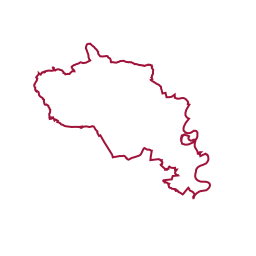 the district of Miresu Mare, Maramures, Romania, rotated 153°
{"feature_id": "2599482B2877681477100", "entity_name": "Miresu Mare", "entity_type": "district", "adm_level": 2, "iso_a3": "ROU", "parent_name": "Romania", "parent_adm1": "Maramures", "projection": "natural_earth1", "projection_center": [23.369, 47.496], "detail": "fine", "context": "isolated", "style": "outline", "palette": "rose", "viewbox_px": 256, "rotation_deg": 153, "n_neighbors": 0, "source": "geoboundaries", "source_scale": "gbopen_adm2", "svg_char_len": 5755}
<svg xmlns="http://www.w3.org/2000/svg" viewBox="0 0 256 256"><g transform="rotate(153 128 128)"><path d="M192.3,197.5L192.1,196.9L192.1,196.3L190.7,193.8L190.3,192.6L190.6,192.3L190.0,191.3L190.2,190.9L190.9,190.0L191.0,188.9L191.4,188.1L191.5,186.8L191.4,186.5L190.5,185.9L190.0,186.0L188.9,184.0L189.2,183.3L189.0,180.9L189.3,180.0L189.0,179.5L190.3,177.4L191.0,176.8L191.8,176.3L192.3,175.2L192.5,174.3L193.3,173.0L192.3,172.6L193.3,171.5L191.8,171.0L191.1,171.7L190.0,171.6L189.9,169.5L190.1,168.0L188.6,168.4L187.2,166.2L188.3,165.5L186.5,163.5L186.1,162.6L186.1,161.7L184.6,160.4L183.6,158.6L182.5,157.7L177.6,154.4L175.1,153.3L170.8,151.0L169.8,150.7L170.3,150.1L170.2,149.8L169.3,149.2L168.6,149.7L167.8,149.9L167.7,149.4L166.2,149.1L164.6,148.4L163.1,147.4L161.9,146.3L160.0,146.0L159.7,145.8L159.0,145.8L157.8,144.8L157.6,141.2L157.4,140.4L157.0,139.6L156.8,138.8L157.5,137.9L157.4,134.0L155.9,134.0L155.9,133.4L155.6,126.6L154.3,111.8L154.4,110.5L154.9,108.8L148.2,106.8L145.6,105.5L144.4,105.2L144.0,104.7L143.6,104.1L143.4,103.7L143.2,101.9L142.9,101.7L143.0,101.5L143.0,101.1L142.8,100.8L142.5,100.2L141.8,99.5L138.0,99.6L136.3,99.2L131.4,98.4L129.5,98.4L128.9,98.6L127.8,99.2L123.5,102.5L122.7,102.7L122.3,102.6L122.0,101.9L120.8,100.1L118.6,98.9L117.9,97.6L117.1,97.0L120.4,92.6L122.6,89.2L114.7,86.3L114.3,85.4L113.7,85.1L113.6,84.7L112.8,84.2L113.2,84.0L113.4,83.5L113.3,83.3L112.9,83.3L113.2,82.8L113.2,82.4L112.9,82.1L113.0,81.9L113.4,81.1L114.0,80.4L114.6,80.7L115.6,80.4L115.6,79.9L113.5,74.6L113.9,74.0L112.3,73.2L112.0,73.9L110.5,73.2L109.7,74.5L108.7,74.9L107.7,73.1L105.9,71.9L104.2,71.2L105.1,69.5L103.4,68.8L104.6,68.1L105.4,68.0L106.1,67.2L106.6,66.0L106.1,64.5L105.5,63.6L104.7,63.1L104.7,62.9L110.0,64.9L112.3,62.4L120.1,65.3L120.5,65.0L120.6,64.4L119.5,63.4L119.9,63.0L120.0,62.8L118.2,61.8L118.1,61.4L117.6,60.8L117.6,60.2L117.2,60.0L117.5,59.5L117.0,59.3L117.5,59.0L117.9,58.4L118.1,57.0L118.3,56.5L118.1,56.1L116.6,54.6L116.5,54.3L116.5,54.0L113.4,51.9L113.6,51.4L113.9,51.1L113.2,50.7L113.6,50.1L112.2,49.7L112.1,47.9L111.3,47.3L109.4,44.0L107.9,44.5L107.4,44.8L101.4,47.4L101.1,45.8L101.4,45.0L101.1,44.0L99.8,42.4L99.3,41.6L98.7,38.7L101.1,37.1L101.0,36.9L101.5,36.2L101.8,34.9L101.4,35.8L100.3,36.8L99.1,37.7L96.7,38.6L93.6,39.0L92.0,38.8L86.5,37.0L84.5,37.4L83.0,37.9L82.0,38.6L81.4,39.2L80.8,40.1L80.6,41.0L80.8,42.0L81.5,43.4L83.4,45.0L87.1,46.9L87.8,47.4L89.8,49.8L90.5,52.3L90.4,53.2L90.0,54.6L88.7,56.7L87.6,57.8L86.2,59.9L84.8,60.8L83.9,61.2L82.1,61.5L80.5,61.5L77.7,61.1L74.9,61.0L74.3,61.0L72.2,62.1L71.4,62.7L70.6,63.5L69.7,65.6L69.4,67.0L69.4,67.8L69.7,68.5L70.1,68.5L70.5,69.9L76.3,70.1L76.0,71.0L76.1,71.4L75.8,71.8L75.6,72.3L76.2,72.6L75.1,73.0L74.0,73.3L74.9,73.8L76.7,73.8L77.3,74.0L76.8,75.2L76.8,77.3L77.0,79.3L77.0,80.7L76.7,81.9L75.1,84.5L73.9,85.8L75.3,85.9L76.5,85.6L81.6,85.9L84.5,87.1L86.9,89.4L86.3,93.0L86.0,92.9L84.7,94.7L84.0,95.2L84.9,95.3L83.5,96.9L80.4,96.6L80.5,96.0L78.6,94.4L77.3,92.9L78.6,91.8L79.0,91.1L78.9,89.8L77.8,88.2L76.1,87.6L75.9,87.6L75.2,87.9L73.5,87.2L72.9,87.0L71.7,87.4L70.0,89.0L68.2,92.5L68.5,94.2L69.0,94.8L70.7,95.7L73.3,95.3L74.6,95.3L75.9,95.7L77.0,96.2L77.8,96.7L79.0,98.5L79.5,100.0L79.5,100.8L78.6,102.7L77.4,104.0L75.9,105.2L74.0,106.5L69.4,108.6L70.2,109.6L70.9,111.2L71.0,113.3L69.9,115.5L67.6,117.9L62.7,121.0L63.9,122.1L62.9,123.3L62.7,123.9L62.8,125.0L63.4,127.4L64.6,129.2L65.6,129.9L69.8,131.2L71.2,132.1L71.8,132.9L72.1,133.6L72.5,133.8L71.2,136.6L74.7,136.0L77.2,136.7L79.7,137.9L78.6,142.3L81.6,143.1L80.7,146.9L80.6,148.2L80.2,149.0L79.9,149.9L80.3,150.6L80.8,152.2L81.2,152.9L82.1,153.9L85.8,160.1L85.9,160.5L84.1,160.6L84.0,162.4L84.1,162.5L83.3,163.0L83.0,163.5L82.6,163.8L82.6,164.1L81.0,165.0L80.3,166.8L79.2,168.2L79.1,168.7L79.5,170.2L79.5,170.8L79.3,171.1L78.8,171.5L78.5,172.1L78.6,172.5L79.0,173.1L78.9,173.2L79.2,173.3L79.4,173.6L79.4,174.1L79.7,174.4L80.8,174.7L81.3,175.4L82.7,175.4L83.9,175.8L84.6,175.7L85.5,175.9L85.7,176.6L86.4,177.1L86.9,177.2L87.4,177.8L87.8,177.9L88.3,178.5L89.7,179.2L91.1,180.9L91.6,181.0L92.4,181.7L93.0,181.8L93.3,182.2L93.6,183.0L95.3,185.2L95.9,185.3L96.6,186.0L97.5,186.2L98.2,186.9L98.9,187.1L100.5,188.6L100.9,189.3L101.3,189.8L104.6,191.2L106.2,191.1L107.1,191.4L108.7,191.5L110.9,192.9L111.5,193.5L113.3,194.3L113.3,194.8L112.8,195.5L112.6,196.3L112.5,198.2L112.6,198.5L113.5,199.5L113.7,200.1L113.5,201.0L114.2,201.8L115.7,202.3L118.0,203.2L119.8,204.2L120.3,204.7L120.8,207.5L120.5,208.7L120.0,209.3L120.0,209.7L120.3,210.6L120.4,212.1L121.2,214.0L121.3,215.4L121.9,216.3L122.1,217.0L122.8,218.5L123.3,220.2L124.1,220.4L124.6,220.8L125.5,221.1L126.7,221.1L128.5,219.4L129.4,218.0L129.4,216.3L129.8,213.9L129.9,212.2L130.4,210.3L131.1,208.9L131.1,207.8L131.4,206.5L131.0,205.8L131.0,205.3L135.7,205.3L138.6,206.2L139.2,206.8L139.5,207.3L140.7,208.2L142.6,207.9L145.8,208.4L146.7,208.3L147.7,208.6L150.3,208.2L150.6,207.6L150.7,206.9L150.6,205.8L150.3,205.2L149.8,203.5L150.0,202.8L151.6,203.8L152.1,203.9L154.5,203.2L155.6,202.7L157.0,203.5L159.5,204.3L159.5,205.4L160.5,206.3L160.1,207.1L160.4,208.0L160.5,209.0L161.0,209.7L162.1,210.6L162.8,211.5L163.7,212.1L165.2,212.5L166.5,212.3L167.2,214.1L167.2,214.7L166.8,215.1L167.3,216.0L167.6,215.9L167.6,214.1L167.5,213.4L167.6,212.9L170.4,213.8L172.4,215.1L175.2,216.0L176.6,215.9L176.8,216.1L177.2,215.8L177.1,215.5L177.3,215.5L177.8,215.7L178.2,216.4L179.4,216.4L179.6,216.2L180.0,216.3L181.6,215.2L182.2,215.9L182.6,217.2L182.8,216.7L186.8,214.8L186.4,213.6L187.4,213.2L186.9,213.2L186.7,212.9L187.3,212.3L187.7,211.7L189.7,210.6L190.9,209.6L191.6,209.4L192.4,208.1L192.6,207.3L192.3,206.0L192.9,205.1L193.3,204.3L193.3,203.9L193.2,202.6L192.9,202.0L192.3,202.4L191.4,200.6L192.3,197.5Z" fill="none" stroke="#9f1239" stroke-width="2"/></g></svg>